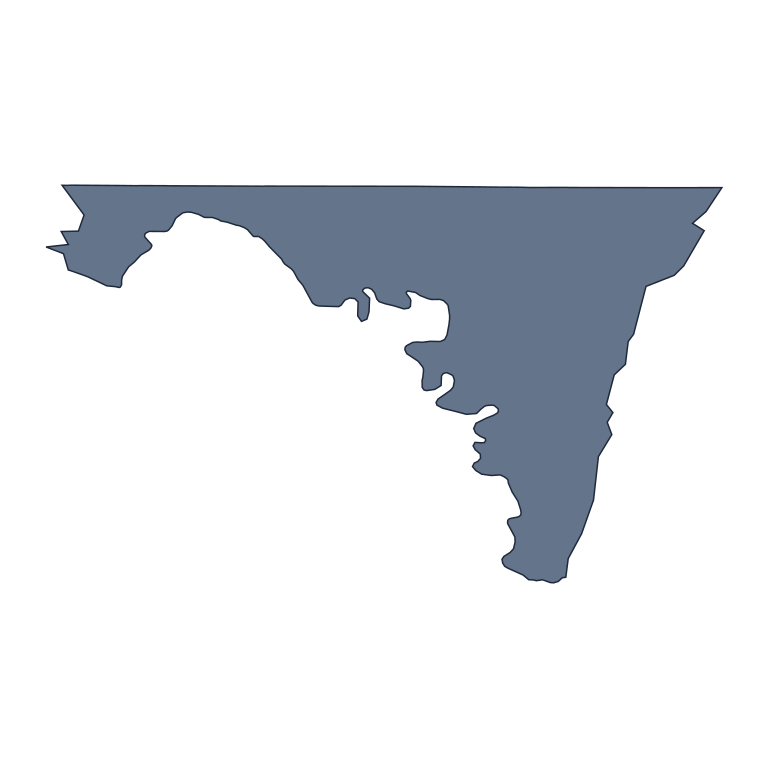 Washington, Maryland, United States of America
{"feature_id": "52423323B42185126778068", "entity_name": "Washington", "entity_type": "district", "adm_level": 2, "iso_a3": "USA", "parent_name": "United States of America", "parent_adm1": "Maryland", "projection": "orthographic", "projection_center": [-77.915, 39.521], "detail": "fine", "context": "isolated", "style": "filled", "palette": "slate", "viewbox_px": 768, "rotation_deg": 0, "n_neighbors": 0, "source": "geoboundaries", "source_scale": "gbopen_adm2", "svg_char_len": 3272}
<svg xmlns="http://www.w3.org/2000/svg" viewBox="0 0 768 768"><path d="M68.3,270.0L69.8,270.4L84.1,275.4L87.8,276.8L106.7,285.8L115.7,286.7L119.0,287.5L120.3,287.1L121.6,284.7L121.6,280.1L122.5,276.1L128.7,266.7L134.3,262.1L140.9,254.9L148.7,250.3L150.7,248.3L151.8,246.1L151.6,244.6L144.7,236.9L144.7,234.5L145.8,233.1L149.1,231.4L164.6,231.5L167.5,230.9L168.9,229.7L172.2,225.6L175.5,218.7L176.5,217.6L182.8,212.8L187.4,212.0L191.4,212.3L198.4,214.3L204.4,217.4L212.5,217.5L218.7,219.6L220.6,220.9L227.2,222.2L236.4,225.2L239.4,225.7L244.0,227.5L247.5,229.6L253.0,236.0L253.9,236.5L258.7,236.5L262.3,238.8L264.5,240.9L268.7,245.8L269.2,246.5L281.6,259.1L283.1,261.9L284.8,264.1L286.3,265.2L291.5,269.0L293.6,271.4L298.0,279.5L302.8,285.2L303.9,287.2L312.2,302.5L313.3,303.6L315.7,305.2L319.0,306.0L327.3,306.3L338.7,306.6L341.1,305.2L344.9,300.1L349.5,298.0L354.8,298.6L358.1,302.0L357.7,315.9L361.5,321.4L366.9,319.1L369.0,311.9L369.6,298.2L362.7,291.5L362.9,289.7L364.8,288.1L368.1,287.7L371.6,289.2L374.7,292.9L376.8,299.0L379.2,301.7L385.4,303.8L393.9,305.8L402.6,308.5L403.8,308.9L408.6,308.2L410.4,306.4L410.8,300.4L410.1,298.5L406.3,293.4L406.3,292.3L407.7,291.0L415.6,292.5L420.2,295.6L428.4,298.8L431.7,299.5L439.8,299.4L443.4,300.5L446.7,303.6L448.1,305.4L449.6,315.3L449.6,319.0L448.9,325.0L447.0,335.0L445.9,337.2L444.7,339.5L440.3,341.5L429.9,341.3L422.4,342.3L417.1,342.0L412.8,342.4L407.0,345.4L405.6,346.6L405.1,347.7L404.9,349.8L406.8,353.7L418.1,361.2L422.7,367.0L423.4,368.9L423.5,370.5L422.9,377.0L422.1,380.4L422.2,387.4L423.1,388.6L424.0,390.0L426.7,390.6L434.8,389.4L441.1,385.5L441.5,376.0L442.7,374.1L444.3,373.1L446.9,372.7L451.6,374.8L453.0,376.0L454.2,379.2L454.4,381.0L453.2,387.1L450.3,390.5L438.1,399.0L436.1,402.4L436.3,403.3L436.9,405.1L442.6,408.2L453.0,410.8L453.5,410.9L466.4,414.3L476.6,413.5L480.9,409.2L484.1,406.6L486.2,405.6L491.7,405.1L494.3,405.5L498.1,408.8L498.4,411.5L497.2,413.1L493.7,415.2L486.4,418.1L476.0,423.3L473.7,428.5L475.6,432.9L480.2,436.3L485.3,438.6L485.6,440.6L484.5,442.5L481.8,442.8L475.0,442.4L473.1,445.9L475.2,449.7L480.3,454.1L480.5,458.4L477.7,461.5L474.2,463.1L472.5,466.6L475.8,470.5L481.7,474.2L491.4,475.5L500.2,474.9L503.7,476.5L506.8,478.6L508.0,480.0L508.3,483.0L512.2,492.1L517.9,501.1L520.7,510.0L521.1,512.9L520.8,514.8L519.4,516.3L517.4,517.1L510.6,518.4L508.7,519.2L507.8,520.4L507.5,522.8L507.9,524.1L514.9,537.0L515.1,542.1L513.5,548.8L510.1,552.5L503.9,556.4L502.0,559.3L502.7,563.1L504.7,566.3L508.1,568.3L523.2,575.1L528.7,579.7L533.6,580.0L536.4,580.7L542.6,579.8L550.4,582.6L553.8,582.8L558.3,581.4L562.4,577.7L565.8,577.3L568.2,558.6L581.6,533.7L593.5,500.1L598.4,456.6L611.8,434.6L607.2,422.3L612.9,412.6L606.4,404.5L614.2,374.9L625.4,364.3L628.2,341.5L633.6,334.2L646.0,286.4L674.2,275.3L683.7,265.9L704.2,230.7L692.5,223.3L706.0,211.6L721.9,187.6L673.3,187.7L672.3,187.7L570.5,187.5L568.4,187.5L566.7,187.4L529.2,187.5L522.8,187.3L514.8,187.2L495.7,187.1L479.9,186.9L479.4,186.9L415.5,186.3L265.2,186.1L263.6,186.2L246.2,186.1L167.6,185.8L166.4,185.7L139.3,185.6L137.2,185.7L117.7,185.5L71.1,185.2L66.2,185.4L64.4,185.3L63.7,185.3L62.1,185.3L84.1,215.0L78.4,231.1L61.2,231.5L68.3,244.5L46.1,247.0L63.5,253.7L68.3,270.0Z" fill="#64748b" stroke="#1e293b" stroke-width="1.5"/></svg>